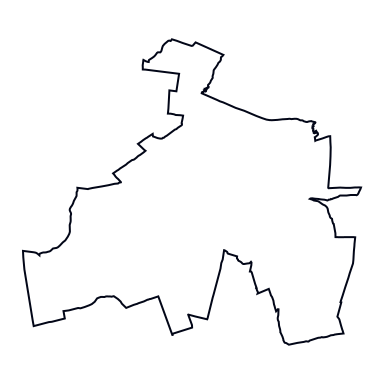 Bira, Neamt, Romania
{"feature_id": "2599482B54289612077221", "entity_name": "Bira", "entity_type": "district", "adm_level": 2, "iso_a3": "ROU", "parent_name": "Romania", "parent_adm1": "Neamt", "projection": "mercator", "projection_center": [27.049, 47.027], "detail": "fine", "context": "isolated", "style": "outline", "palette": "ink", "viewbox_px": 384, "rotation_deg": 0, "n_neighbors": 0, "source": "geoboundaries", "source_scale": "gbopen_adm2", "svg_char_len": 5908}
<svg xmlns="http://www.w3.org/2000/svg" viewBox="0 0 384 384"><path d="M343.5,333.5L342.6,330.5L342.3,329.8L341.1,325.8L339.4,319.6L339.0,318.8L337.4,316.7L341.3,302.4L340.5,302.2L340.8,301.0L341.4,299.3L342.6,295.7L345.2,287.4L348.4,277.8L349.7,273.3L353.0,263.5L353.4,259.9L353.9,251.0L354.4,245.9L354.5,243.8L355.2,237.3L353.1,237.1L339.4,237.2L335.5,237.1L335.4,233.2L333.7,223.9L333.1,223.6L333.0,223.3L332.2,220.6L332.1,219.2L332.0,218.8L330.7,218.0L330.1,217.1L329.9,216.7L329.7,215.4L328.5,212.8L328.3,212.2L327.6,208.5L326.7,207.0L325.2,205.6L322.7,204.4L318.6,201.5L318.0,201.2L313.9,200.5L312.4,199.7L309.9,198.9L310.4,198.5L312.2,198.3L314.9,198.7L318.6,199.0L320.8,199.4L324.3,199.7L326.2,200.1L327.2,200.5L327.7,200.4L328.7,199.7L329.9,199.7L330.9,199.0L331.6,199.2L333.3,198.4L338.0,196.9L339.7,195.7L340.4,195.5L346.9,195.5L350.7,195.0L355.6,195.0L356.6,195.2L357.5,194.7L358.3,193.6L359.1,191.7L360.3,189.4L361.0,187.5L359.2,187.4L354.5,187.5L350.0,187.9L346.7,187.9L340.1,187.6L328.6,188.2L328.2,187.8L330.1,165.3L330.5,156.5L330.7,147.4L330.4,142.3L330.2,136.2L328.7,136.3L327.0,136.8L322.3,138.5L315.8,140.5L315.3,140.8L314.8,137.2L315.6,136.8L317.7,135.0L318.0,134.4L317.9,133.3L317.7,133.0L316.6,131.7L316.1,130.8L315.3,131.3L315.2,131.7L315.2,132.1L315.9,132.7L315.9,132.9L315.0,133.0L314.3,133.3L313.7,133.0L313.6,132.7L314.1,131.7L314.1,131.3L313.9,131.2L313.4,131.3L313.1,131.1L313.0,130.6L313.4,129.4L313.4,128.9L313.2,128.7L312.5,128.5L312.3,127.9L313.2,126.9L312.6,126.7L312.5,126.3L313.4,126.0L313.5,125.7L313.1,124.3L313.4,124.1L314.2,123.9L314.2,123.7L314.2,123.4L315.1,123.1L315.4,122.6L315.4,122.4L315.2,122.2L312.1,121.5L311.4,121.1L309.0,121.4L307.1,122.0L306.0,121.9L303.7,121.2L302.6,120.4L300.3,120.3L297.8,119.1L296.3,118.8L294.3,118.8L291.4,119.1L289.8,118.8L289.0,118.8L287.7,119.0L282.5,119.3L277.3,119.9L271.9,120.2L269.6,120.1L266.5,119.6L262.3,118.2L256.5,116.0L244.3,110.8L235.7,107.9L223.2,102.4L219.9,101.3L217.4,100.1L201.7,93.3L201.9,92.4L202.3,92.0L202.6,91.9L203.3,92.2L203.8,91.7L204.0,91.3L204.5,91.2L204.8,90.8L205.0,90.7L205.2,90.8L205.4,91.4L205.6,91.5L206.0,91.2L206.1,90.7L205.7,90.4L204.6,90.7L204.1,90.5L204.0,90.2L204.9,90.0L204.9,89.8L204.6,89.1L204.6,88.8L204.9,88.8L205.5,89.4L205.8,88.6L206.0,88.5L206.7,89.2L207.0,88.8L207.4,88.4L207.0,87.8L208.5,87.5L208.7,86.9L208.6,86.7L208.0,86.1L208.1,84.9L209.2,83.8L210.2,82.6L210.9,80.7L212.7,77.9L212.6,76.3L212.8,75.4L213.2,74.3L213.4,73.4L213.7,70.3L214.1,69.6L216.0,67.1L217.5,64.8L218.5,62.7L219.7,61.8L220.6,60.5L220.9,59.5L220.9,58.1L221.0,57.3L221.2,57.0L222.3,56.3L223.4,54.9L195.6,42.4L192.7,45.7L191.5,45.9L182.7,43.0L176.8,40.8L171.9,39.3L170.8,40.9L170.4,41.0L169.6,40.6L168.3,40.8L164.6,43.9L162.9,45.9L162.3,47.5L161.6,50.2L161.2,51.3L160.4,52.3L157.9,52.3L157.1,52.8L155.2,55.4L153.9,56.7L151.8,58.2L149.9,59.4L149.0,60.0L148.8,60.9L148.7,62.0L147.8,61.9L145.9,61.3L143.4,59.9L143.3,60.2L143.2,61.8L142.7,65.2L142.8,67.7L142.8,69.5L145.4,69.6L153.4,70.6L179.1,73.8L176.4,91.3L169.4,90.4L168.4,108.7L167.9,113.6L170.7,113.7L174.0,114.3L175.8,115.0L180.2,115.2L183.1,115.6L182.7,118.1L181.6,123.2L182.0,123.9L181.9,124.9L181.6,125.3L177.8,127.8L176.4,129.1L174.9,129.6L166.8,135.7L165.0,136.7L164.2,137.5L163.7,137.8L163.0,137.8L162.2,138.5L161.6,138.6L160.2,138.6L157.6,138.1L153.9,136.7L153.1,136.5L152.9,135.9L152.7,133.9L147.9,137.0L147.5,137.4L145.7,138.4L142.9,140.3L141.2,141.7L138.0,143.9L144.3,149.9L145.5,150.8L143.6,152.4L140.0,155.0L138.5,155.8L137.3,156.8L136.8,157.4L134.4,159.3L133.7,159.7L132.0,160.1L127.7,163.1L126.1,164.6L119.9,168.6L119.6,168.9L118.2,170.0L117.4,170.4L113.1,173.4L114.9,175.5L115.4,176.4L116.8,177.9L118.2,179.1L120.9,182.1L120.9,182.3L119.2,182.7L118.6,183.0L118.1,183.5L114.6,183.8L108.5,185.2L102.0,186.4L92.4,188.0L88.3,188.9L88.0,189.1L77.4,187.8L77.5,188.7L77.5,190.0L77.4,190.8L76.6,192.2L76.6,195.1L76.5,196.1L76.2,196.7L73.9,200.9L73.0,203.6L72.0,205.5L70.8,207.1L69.9,208.8L69.7,210.0L69.9,210.8L71.0,213.2L71.1,214.1L70.6,216.1L70.7,220.3L70.6,221.8L69.7,225.0L69.9,231.5L69.7,232.5L69.2,234.0L67.8,236.7L65.3,240.4L62.8,242.4L59.9,245.5L58.0,247.2L56.6,247.9L53.0,248.5L50.6,250.8L49.6,251.4L47.9,251.8L46.0,252.4L43.2,252.5L41.7,252.9L39.8,253.7L39.4,254.6L39.4,255.3L37.4,253.6L35.8,252.7L33.9,252.3L23.0,250.9L23.3,257.4L24.4,269.5L32.7,320.5L33.7,326.1L48.9,322.1L51.8,321.8L64.8,318.5L63.5,311.1L68.8,310.4L78.1,308.0L80.5,308.3L84.7,307.0L89.2,305.3L91.8,304.1L94.7,301.8L97.1,298.4L98.7,297.7L101.0,296.9L104.5,297.0L105.8,296.5L106.6,296.4L110.5,296.5L111.4,296.7L113.8,296.2L117.9,299.0L120.6,301.5L121.9,303.7L126.2,307.9L133.9,304.8L137.6,303.7L138.2,303.3L144.0,301.4L147.5,299.7L148.4,299.6L149.5,299.1L150.8,298.9L158.3,296.4L172.6,335.7L172.8,333.7L192.1,327.6L192.0,325.1L188.2,314.7L188.3,314.6L195.4,316.5L207.2,319.3L207.6,318.2L212.7,297.6L213.5,294.9L220.5,268.6L221.3,263.1L222.7,259.5L224.1,250.2L224.6,250.3L227.0,251.8L227.4,252.4L227.6,253.3L227.9,253.6L237.1,256.4L236.9,257.7L237.0,258.5L238.0,259.6L238.1,260.3L238.6,260.8L240.1,261.5L241.2,262.2L242.5,263.6L243.3,264.0L244.2,264.0L247.2,263.5L249.2,263.3L250.0,262.8L251.0,261.8L251.5,262.5L251.3,265.4L249.9,271.5L251.2,271.6L251.8,272.6L255.1,283.8L256.5,287.7L256.1,287.7L256.0,288.1L256.6,288.9L257.1,290.6L257.8,291.8L257.9,292.7L257.6,293.6L268.8,288.9L270.7,294.5L270.9,295.3L272.1,297.1L273.4,300.6L274.0,304.4L274.6,306.2L275.0,307.8L276.1,311.3L277.9,309.2L278.5,309.3L278.3,315.1L277.7,318.0L277.8,319.5L278.1,320.6L278.7,321.6L279.1,325.9L280.1,329.4L280.4,331.5L280.3,332.2L280.6,332.7L282.4,336.5L283.3,339.2L283.4,340.3L284.3,342.1L284.7,342.7L286.3,343.1L288.9,344.7L297.4,342.9L303.9,341.9L306.1,341.3L308.2,341.6L308.8,341.4L309.6,340.6L318.2,337.8L320.4,337.6L321.9,337.1L322.9,337.4L325.4,337.1L327.0,336.8L329.2,336.0L330.8,335.3L333.6,335.0L334.6,334.6L337.1,334.2L343.5,333.5Z" fill="none" stroke="#020617" stroke-width="2"/></svg>